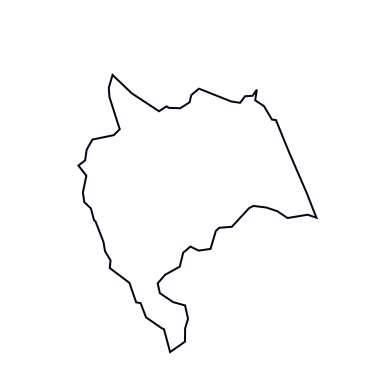 outline of Richmond, North Carolina, United States of America, rotated 247°
{"feature_id": "52423323B95417665649533", "entity_name": "Richmond", "entity_type": "district", "adm_level": 2, "iso_a3": "USA", "parent_name": "United States of America", "parent_adm1": "North Carolina", "projection": "natural_earth1", "projection_center": [-79.777, 34.994], "detail": "fine", "context": "isolated", "style": "outline", "palette": "ink", "viewbox_px": 384, "rotation_deg": 247, "n_neighbors": 0, "source": "geoboundaries", "source_scale": "gbopen_adm2", "svg_char_len": 1089}
<svg xmlns="http://www.w3.org/2000/svg" viewBox="0 0 384 384"><g transform="rotate(247 192 192)"><path d="M53.2,109.3L57.0,127.1L69.2,132.4L76.8,138.8L90.3,141.3L98.0,131.6L111.4,122.9L121.3,124.7L126.3,134.8L128.1,151.6L139.5,160.1L142.4,169.2L135.4,175.3L132.4,186.8L146.9,198.8L148.4,203.2L144.4,215.1L154.8,238.2L155.2,243.1L148.7,254.3L141.0,263.0L130.7,269.8L125.9,289.6L119.7,296.5L135.9,296.9L145.3,297.2L189.0,296.9L189.4,296.9L202.0,297.0L202.3,297.0L225.4,297.4L227.4,293.9L242.9,291.8L251.7,286.0L260.9,291.7L256.9,285.3L259.4,278.3L255.3,271.1L260.0,263.5L284.4,238.8L281.5,229.2L275.5,224.8L273.7,213.9L278.6,203.3L279.6,203.0L280.0,202.7L280.2,202.2L280.8,201.8L279.2,193.2L306.2,175.2L330.8,164.6L320.4,156.1L311.6,153.1L278.0,150.0L274.9,142.2L279.2,120.8L272.1,111.6L262.9,106.0L260.7,97.8L248.2,101.1L234.1,91.3L224.7,88.9L216.4,92.5L204.1,90.8L203.2,91.5L202.7,91.7L180.7,91.0L171.4,88.8L160.9,90.3L154.1,86.6L132.8,98.9L112.2,97.5L109.8,101.3L94.6,100.7L78.6,110.8L78.4,111.0L78.2,111.2L76.6,112.6L53.2,109.3Z" fill="none" stroke="#020617" stroke-width="2"/></g></svg>